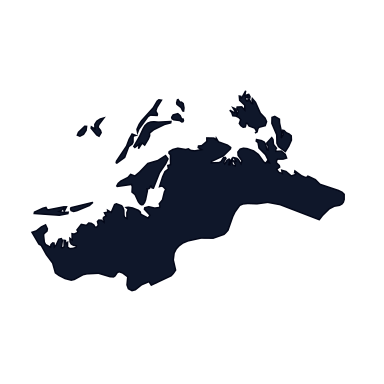 an SVG outline of Quảng Ninh, rotated 191°
{"feature_id": "VNM-429", "entity_name": "Quảng Ninh", "entity_type": "Province", "adm_level": 1, "iso_a3": "VNM", "parent_name": "Vietnam", "parent_adm1": "", "projection": "natural_earth1", "projection_center": [107.332, 21.181], "detail": "fine", "context": "isolated", "style": "filled", "palette": "ink", "viewbox_px": 384, "rotation_deg": 191, "n_neighbors": 0, "source": "natural_earth", "source_scale": "10m", "svg_char_len": 6136}
<svg xmlns="http://www.w3.org/2000/svg" viewBox="0 0 384 384"><g transform="rotate(191 192 192)"><path d="M214.2,92.8L217.1,95.8L223.8,91.3L229.0,85.2L232.1,83.7L236.0,84.9L238.1,88.4L238.9,96.5L244.7,99.3L248.3,99.8L250.0,98.6L251.6,94.9L252.8,93.7L256.3,93.2L268.3,94.4L279.6,91.6L283.2,90.0L290.8,83.7L293.7,82.4L300.1,82.8L306.7,84.7L310.7,86.6L315.2,95.6L323.0,102.7L329.8,110.8L332.3,111.6L341.4,121.9L337.3,124.2L333.2,129.0L329.5,131.8L326.9,128.2L326.9,125.9L329.5,122.6L329.3,120.8L327.4,114.6L325.7,112.5L320.3,110.8L320.4,113.5L319.0,115.5L317.7,115.5L316.6,111.7L315.3,113.8L313.7,120.2L311.4,121.3L310.0,119.8L309.6,112.5L308.4,112.5L307.0,113.9L308.4,120.2L307.0,120.2L305.8,117.1L304.5,118.8L303.7,114.2L301.2,113.1L298.0,114.0L295.2,115.5L295.2,117.1L298.3,117.1L300.6,117.9L302.2,119.9L303.0,123.2L300.4,121.9L301.8,128.2L299.7,128.2L297.1,130.0L296.4,131.4L297.7,132.8L294.5,139.1L289.3,139.1L287.4,141.9L284.8,142.0L282.1,140.9L280.6,139.1L279.1,139.1L277.9,140.8L277.9,142.2L279.2,145.0L278.1,146.7L275.5,147.0L272.6,145.5L273.1,147.7L274.0,148.5L274.0,150.2L271.8,152.1L274.0,154.9L269.9,156.5L271.0,156.8L271.4,158.0L267.4,156.5L265.6,164.9L264.0,166.0L258.5,165.1L256.9,163.6L255.5,161.2L254.3,156.0L253.2,154.2L250.8,153.5L252.0,159.3L251.3,162.9L253.7,164.2L251.6,164.9L247.3,165.0L241.1,163.8L239.0,162.5L238.1,160.4L230.1,158.0L228.8,161.2L235.4,166.0L235.4,167.5L231.7,169.3L225.5,169.1L220.8,170.7L220.8,172.3L221.9,174.1L219.5,178.6L219.1,186.9L218.3,189.6L221.4,191.8L223.2,192.0L224.9,191.1L223.7,201.5L222.4,206.9L219.5,210.1L220.8,213.4L218.3,214.7L220.2,224.3L222.1,225.8L222.1,227.3L218.9,230.1L214.3,232.3L206.3,232.5L203.8,233.7L201.3,232.6L197.2,232.9L190.6,235.4L194.4,236.8L194.4,238.4L191.3,239.3L187.1,244.5L187.8,247.9L180.8,249.1L178.5,247.9L178.5,249.5L175.6,246.3L166.1,244.8L162.5,243.1L162.5,241.7L168.1,233.5L178.6,225.8L178.6,224.3L171.2,226.0L169.3,227.3L167.6,231.7L165.9,232.3L165.1,231.5L166.6,227.3L165.2,225.8L163.7,229.7L161.9,231.4L160.8,230.4L161.3,225.8L159.9,225.8L159.8,230.5L158.6,233.7L158.3,227.8L157.0,226.2L154.6,225.8L154.6,227.3L157.3,230.5L154.6,230.5L157.3,233.7L154.5,233.6L152.7,232.6L149.3,229.0L148.8,232.1L153.7,236.7L154.6,240.0L152.9,243.3L149.9,244.8L146.2,245.1L139.4,244.1L134.0,241.5L127.3,235.2L125.2,234.3L124.0,236.8L123.3,235.5L121.4,235.4L127.0,242.7L134.6,247.9L136.6,253.1L138.7,254.2L138.7,255.8L133.6,255.7L130.6,254.8L128.6,252.4L126.7,247.9L125.3,247.9L126.1,251.7L128.0,254.2L124.1,260.6L122.5,259.0L121.1,254.3L117.4,251.1L118.0,249.9L117.4,247.9L112.1,249.2L107.7,246.8L105.6,243.4L108.8,241.7L114.2,240.6L115.0,239.1L114.7,236.8L111.4,234.7L110.7,233.2L113.3,230.5L110.6,227.9L106.8,227.3L108.1,230.5L103.7,230.1L97.6,226.7L93.6,229.0L93.6,230.5L95.0,230.5L95.0,232.3L87.8,228.9L83.6,227.9L80.4,229.0L82.1,229.5L80.7,229.6L73.3,227.7L67.9,224.0L48.7,221.5L44.6,220.4L42.2,218.8L41.2,213.7L41.5,210.9L42.5,208.9L44.6,207.1L49.6,205.2L54.0,201.7L59.4,193.9L61.8,189.1L103.1,196.4L115.7,196.3L126.0,192.8L135.0,191.4L139.6,190.0L142.6,188.0L146.0,180.6L147.3,175.7L149.4,161.3L151.2,158.3L152.5,156.5L162.4,150.7L174.4,148.5L186.7,143.2L191.3,140.1L194.5,136.6L196.6,133.1L197.9,128.6L197.4,121.7L193.2,112.2L194.8,108.5L196.5,105.8L214.2,92.8ZM252.8,187.9L266.4,183.2L267.0,183.6L266.1,186.4L263.9,189.2L257.6,194.1L255.6,197.6L251.1,196.8L247.3,201.5L240.8,211.6L231.5,216.4L224.9,222.7L221.9,219.9L223.2,214.8L227.6,204.5L230.6,188.4L232.0,188.4L233.4,190.3L233.9,190.1L234.1,188.1L235.1,186.9L236.8,186.4L236.0,184.8L236.1,175.4L236.6,172.6L237.8,170.2L239.3,169.8L240.9,170.5L242.9,172.3L247.4,178.6L250.9,180.5L251.6,185.8L252.8,187.9ZM165.2,279.5L167.9,282.5L165.6,282.0L164.2,280.5L162.4,276.3L161.8,280.0L163.9,282.5L163.9,284.0L159.4,285.1L155.8,282.5L156.8,287.3L162.7,291.1L163.9,295.2L162.4,295.2L162.4,293.6L161.2,293.6L158.6,301.6L158.6,296.6L155.8,298.3L155.8,296.6L154.6,298.3L153.2,296.6L153.2,295.2L157.3,295.2L157.3,293.6L155.8,291.9L154.6,291.9L154.6,293.6L153.2,293.6L150.6,290.3L149.2,290.3L150.6,293.6L150.6,295.2L146.8,292.2L140.0,282.5L134.4,278.5L132.2,275.3L132.8,271.1L138.6,268.3L139.4,266.8L139.6,263.4L141.4,261.9L140.0,263.6L142.6,266.7L148.6,267.7L150.6,269.9L151.9,269.9L152.1,266.1L154.1,265.3L156.6,266.4L158.6,268.3L158.0,272.4L160.3,274.1L163.4,274.9L166.5,274.6L168.1,277.5L170.5,279.5L165.2,277.8L165.2,279.5ZM117.9,256.0L119.8,264.4L126.7,274.6L127.7,280.5L125.2,282.0L120.1,280.2L119.2,276.4L115.3,267.3L114.7,261.9L113.4,265.9L114.7,269.9L113.3,269.9L110.8,268.2L107.8,267.5L105.3,266.1L104.3,261.9L105.8,255.4L108.1,249.5L115.7,253.1L117.9,256.0ZM252.8,229.0L256.6,224.8L257.8,225.6L254.0,236.8L252.0,244.9L250.8,248.2L248.7,251.1L246.0,252.8L242.9,253.7L238.2,254.2L226.1,257.2L226.1,255.8L231.8,253.1L241.5,245.8L244.9,241.7L244.3,239.1L245.0,235.6L247.4,229.0L250.3,230.5L252.8,224.3L252.8,229.0ZM317.7,143.9L342.8,140.8L342.8,142.2L335.3,147.6L332.4,149.0L330.8,147.1L329.6,147.1L315.0,153.0L312.4,153.5L313.8,148.5L315.1,151.8L317.1,148.5L318.6,147.6L314.6,147.3L309.7,148.5L309.7,147.1L317.7,143.9ZM249.6,257.6L256.1,243.7L256.8,240.0L258.0,243.1L256.8,248.3L255.2,252.2L246.1,267.3L243.5,274.6L242.1,276.2L239.5,276.3L242.6,268.2L243.0,264.5L240.8,261.9L240.8,260.5L247.6,259.5L249.6,257.6ZM264.7,213.1L271.3,206.0L272.0,206.3L272.0,207.9L265.0,224.6L263.8,231.7L261.9,237.5L258.0,236.8L260.0,235.9L260.3,234.5L259.4,229.7L260.0,227.5L262.8,224.5L264.7,213.1ZM293.9,229.0L296.4,229.8L303.2,235.4L303.2,236.8L299.3,235.4L300.3,239.9L298.9,243.4L296.1,246.1L292.6,247.9L296.3,240.3L296.6,237.6L293.6,235.0L292.5,232.9L293.9,229.0ZM307.1,150.7L308.0,152.2L307.8,153.5L287.3,162.9L290.1,159.2L301.4,151.7L304.5,150.3L307.1,150.7ZM223.7,259.4L225.6,260.1L226.2,261.5L225.2,264.1L220.9,266.2L218.2,264.7L216.2,261.8L214.6,261.9L214.0,260.4L214.3,259.3L215.3,258.8L217.7,259.8L223.7,259.4ZM309.5,227.9L312.7,225.4L315.4,225.9L314.8,229.0L309.8,236.1L308.0,236.3L307.7,232.3L309.5,227.9ZM218.8,272.8L223.5,275.2L224.1,276.6L223.9,279.7L223.3,280.1L221.1,277.9L219.5,278.2L217.5,277.1L215.9,273.0L215.7,269.8L216.5,269.8L218.8,272.8Z" fill="#0f172a" stroke="#020617" stroke-width="1.5"/></g></svg>